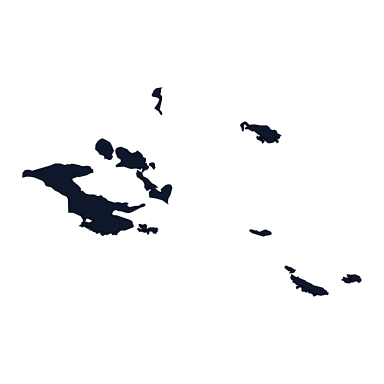 the border of Milne Bay
{"feature_id": "PNG-1252", "entity_name": "Milne Bay", "entity_type": "Province", "adm_level": 1, "iso_a3": "PNG", "parent_name": "Papua New Guinea", "parent_adm1": "", "projection": "orthographic", "projection_center": [151.454, -10.028], "detail": "fine", "context": "isolated", "style": "filled", "palette": "ink", "viewbox_px": 384, "rotation_deg": 0, "n_neighbors": 0, "source": "natural_earth", "source_scale": "10m", "svg_char_len": 6039}
<svg xmlns="http://www.w3.org/2000/svg" viewBox="0 0 384 384"><path d="M55.0,164.3L60.0,164.2L65.0,165.9L67.8,164.8L69.3,165.3L72.1,164.4L79.0,165.8L82.1,167.0L87.5,166.5L89.9,167.2L90.8,169.2L92.3,169.9L92.6,172.1L91.2,172.2L86.6,174.5L79.7,176.2L78.2,176.3L76.9,175.8L76.1,176.6L72.1,178.0L71.5,179.4L71.8,180.5L73.5,182.5L78.2,186.3L80.2,188.7L80.0,191.2L82.6,191.7L85.4,194.3L89.0,195.2L94.0,195.2L97.9,197.0L101.1,196.0L102.9,198.0L105.3,198.9L107.5,201.2L113.5,203.1L114.9,203.4L118.3,202.8L122.5,204.0L124.7,203.1L127.4,203.4L126.1,205.2L129.0,208.0L134.8,206.7L138.9,206.5L141.8,204.7L143.0,204.3L144.6,204.5L144.5,205.3L143.3,206.1L140.7,206.8L130.7,211.9L128.3,212.3L125.3,211.9L122.4,210.8L118.5,210.3L116.3,209.4L114.6,209.4L112.5,211.2L111.3,213.6L112.2,215.9L112.7,215.4L113.6,215.9L116.5,216.0L130.3,220.8L131.8,222.0L132.2,224.2L133.2,225.9L132.9,226.6L124.2,230.0L123.3,229.5L120.2,230.1L116.9,233.0L116.6,234.4L114.6,234.0L112.8,234.4L112.0,232.9L110.9,232.5L106.7,234.4L105.3,233.5L102.8,235.3L100.9,233.7L101.5,232.0L100.8,231.6L96.8,233.1L95.4,231.4L93.7,231.4L92.4,230.0L90.2,229.6L91.4,228.8L90.0,226.5L88.9,228.3L88.4,228.3L86.8,227.4L87.2,226.1L85.8,227.0L84.7,225.9L82.8,225.2L83.3,226.1L82.8,226.6L80.2,225.7L82.7,224.2L82.8,223.0L81.6,223.4L82.7,222.3L83.2,222.2L83.7,222.9L86.1,222.5L88.9,223.3L92.3,222.1L92.8,220.3L94.5,219.9L91.0,219.5L89.1,218.3L86.5,217.7L85.6,218.6L84.5,221.7L83.8,220.8L83.5,219.2L81.3,215.7L73.4,212.1L69.0,212.0L68.7,199.1L67.3,196.2L62.3,194.0L58.8,191.5L55.6,190.1L51.3,186.5L46.3,185.4L44.8,182.0L42.8,180.1L34.3,176.7L30.2,176.0L26.5,175.9L23.0,176.8L23.3,173.0L25.3,170.8L28.4,170.4L32.2,171.5L51.1,166.0L55.0,164.3ZM139.9,167.7L140.2,168.8L136.2,167.7L130.8,168.2L124.0,165.9L116.6,166.4L116.4,165.9L117.3,164.9L121.0,162.6L121.7,161.0L121.2,158.9L118.1,157.2L116.2,152.7L116.0,150.8L116.5,149.3L117.8,148.2L121.2,147.5L127.0,150.0L129.0,152.3L131.9,154.0L136.4,152.6L137.3,151.4L139.8,153.1L142.0,155.4L142.1,157.1L145.3,158.9L145.1,161.8L143.9,162.7L144.9,163.8L146.2,163.9L146.6,165.6L148.2,166.8L148.2,167.7L146.4,169.4L145.7,168.8L144.7,169.5L142.5,171.7L143.4,168.3L142.9,167.8L139.9,167.7ZM276.3,133.6L280.3,135.5L278.9,137.0L279.2,137.4L278.7,138.3L278.0,138.5L276.1,137.1L275.1,138.2L277.6,140.7L278.0,141.7L277.5,142.4L277.1,142.4L275.9,140.6L274.6,140.6L272.8,142.0L269.0,142.6L267.6,142.2L263.3,137.5L262.2,139.0L262.4,139.9L263.9,140.2L263.8,141.4L262.8,142.6L261.8,140.8L257.7,138.9L257.0,137.6L257.4,136.6L258.8,137.7L260.2,137.8L259.9,136.9L260.2,136.3L261.4,135.8L260.8,135.1L258.3,133.8L254.1,130.2L252.5,130.8L248.2,128.3L246.0,128.7L245.6,128.2L247.8,127.3L247.8,126.8L246.1,124.2L244.8,123.5L243.1,124.6L243.2,129.5L242.8,131.2L242.2,127.9L240.8,125.2L241.8,123.9L244.8,122.2L246.0,122.5L249.0,125.6L254.2,125.1L260.8,126.2L266.5,126.1L268.8,127.7L269.9,129.7L271.1,130.4L273.1,131.0L274.4,130.4L275.9,131.3L276.5,132.0L276.3,133.6ZM161.4,189.7L165.6,185.9L168.2,185.0L170.6,185.4L171.6,187.9L169.7,194.8L167.3,199.0L167.6,199.7L167.0,201.7L167.3,202.9L162.5,199.5L156.0,197.7L150.0,196.8L149.6,192.2L150.4,191.9L152.1,189.6L149.1,187.1L149.2,188.8L148.1,189.8L146.7,189.9L145.9,188.1L145.1,187.5L145.1,183.8L143.2,180.3L142.1,179.3L140.8,179.0L140.4,177.8L138.6,177.4L137.4,176.1L136.9,174.1L137.6,170.9L140.7,172.8L141.7,174.0L142.7,176.8L147.3,179.1L151.5,183.8L155.6,185.9L156.5,187.1L155.0,186.7L154.6,187.7L154.8,189.0L158.3,191.8L160.7,192.7L161.7,192.4L162.1,191.0L161.4,189.7ZM326.8,292.6L327.9,293.1L327.5,294.2L326.8,293.8L325.9,294.2L325.0,293.8L323.5,294.6L322.0,294.2L321.4,295.1L316.8,294.2L315.7,295.1L313.8,295.7L313.4,294.6L314.5,294.6L314.7,293.7L314.3,293.3L312.2,293.5L311.4,292.5L309.7,292.8L309.0,292.4L309.5,291.5L308.6,291.2L308.6,290.2L306.3,291.9L303.9,290.6L302.9,291.1L302.3,290.7L302.1,288.8L303.5,287.2L303.0,286.6L302.3,286.3L301.5,287.1L300.5,286.2L297.0,288.3L296.7,287.0L299.2,285.9L299.2,284.8L296.6,284.3L294.7,281.9L293.3,282.1L293.3,279.7L292.1,279.3L291.0,277.9L291.9,275.1L295.1,277.4L296.4,277.8L298.1,277.4L298.6,278.5L304.8,281.0L306.6,282.5L310.4,284.0L313.4,286.0L322.7,288.4L323.9,290.0L325.9,290.9L326.8,292.6ZM110.3,144.0L113.2,150.7L110.4,156.1L112.0,156.3L112.0,157.3L110.5,159.2L108.9,159.2L105.6,157.7L105.1,158.1L104.7,155.3L100.0,153.9L98.8,151.7L95.9,149.1L96.2,145.1L98.1,141.8L101.1,139.5L102.6,139.1L109.1,142.5L110.3,144.0ZM159.1,110.1L161.3,112.5L161.6,114.8L159.0,110.8L155.3,108.1L158.6,103.4L160.3,98.9L157.6,96.8L152.9,95.9L152.4,94.7L153.5,93.1L154.2,91.1L156.4,89.0L160.7,88.3L160.3,88.8L160.2,91.9L159.4,94.5L161.3,96.6L161.3,99.4L159.2,108.4L159.1,110.1ZM359.4,277.0L360.0,278.9L361.0,280.0L360.1,281.3L358.8,282.2L358.3,281.2L355.7,280.6L352.2,281.9L351.3,281.8L351.0,280.3L350.6,280.3L350.2,282.0L349.3,282.7L348.0,282.6L345.4,282.1L344.3,280.5L342.4,279.8L344.2,278.5L343.3,277.2L345.2,278.2L348.0,278.4L349.3,279.0L349.8,278.5L351.0,278.8L350.7,277.7L349.8,278.1L348.9,277.6L348.9,276.8L347.9,276.2L347.6,275.0L350.6,275.5L355.6,275.1L356.7,276.3L357.5,276.0L359.4,277.0ZM265.4,230.2L270.4,232.3L271.0,233.6L269.6,234.5L265.4,235.0L263.5,235.8L252.7,232.6L250.1,230.8L250.1,230.4L251.0,230.0L255.1,231.2L256.6,231.1L259.2,232.7L265.4,230.2ZM144.8,224.6L146.3,225.5L146.4,226.2L145.6,227.2L146.1,227.7L145.8,231.7L145.2,232.1L140.8,230.8L139.6,231.2L137.9,229.0L138.3,228.6L141.4,230.1L144.2,230.2L139.6,226.0L139.4,224.8L140.6,224.6L141.4,225.5L144.0,225.2L144.8,224.6ZM157.4,229.0L155.6,230.4L155.5,231.0L157.0,231.2L155.6,232.5L155.6,233.1L153.6,232.7L152.6,230.9L148.7,230.7L148.5,233.3L147.9,233.8L147.1,231.1L147.4,229.9L148.5,228.6L150.4,228.1L153.9,228.1L155.6,229.0L156.5,228.2L157.4,229.0ZM290.6,272.5L291.5,271.6L289.7,270.3L289.0,270.5L286.3,268.5L285.3,267.4L285.5,266.6L286.3,266.3L287.9,267.3L291.0,268.0L293.8,270.0L294.9,270.3L293.7,272.1L293.0,271.8L292.2,272.4L290.6,272.5ZM153.6,166.0L154.7,167.5L153.7,168.7L152.4,166.6L149.7,164.8L150.0,163.8L152.3,163.0L154.0,163.7L154.3,164.8L154.1,165.8L153.6,166.0Z" fill="#0f172a" stroke="#020617" stroke-width="1.5"/></svg>